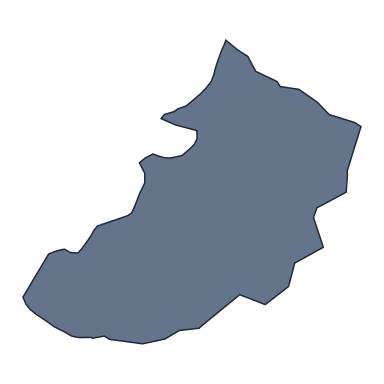 Ika, Akwa Ibom, Nigeria
{"feature_id": "59680162B87230656090923", "entity_name": "Ika", "entity_type": "district", "adm_level": 2, "iso_a3": "NGA", "parent_name": "Nigeria", "parent_adm1": "Akwa Ibom", "projection": "mercator", "projection_center": [7.523, 5.022], "detail": "fine", "context": "isolated", "style": "filled", "palette": "slate", "viewbox_px": 384, "rotation_deg": 0, "n_neighbors": 0, "source": "geoboundaries", "source_scale": "gbopen_adm2", "svg_char_len": 1195}
<svg xmlns="http://www.w3.org/2000/svg" viewBox="0 0 384 384"><path d="M225.8,40.2L224.4,44.4L221.8,49.9L217.8,60.8L215.2,69.0L213.9,74.5L211.3,81.3L206.0,88.2L200.6,93.7L192.6,100.6L185.9,106.1L177.8,108.9L173.8,111.7L164.4,114.5L161.1,118.6L175.7,125.0L196.9,130.6L197.0,138.8L194.4,144.2L190.3,148.4L182.3,155.3L176.9,156.7L170.1,158.0L164.9,157.8L158.9,156.2L153.0,154.0L145.5,157.8L142.5,160.2L139.4,162.8L144.7,173.3L144.8,182.8L139.5,193.8L136.9,200.7L134.2,207.5L132.6,210.9L131.6,213.0L127.9,215.5L127.6,215.7L97.5,226.0L94.3,229.8L91.0,235.7L87.7,240.6L81.8,248.7L78.0,253.0L70.4,252.5L64.4,249.2L56.9,250.8L48.6,254.0L23.0,297.1L25.8,303.9L26.0,304.2L29.9,309.3L36.7,314.7L40.3,317.0L44.9,320.1L54.4,326.8L54.5,326.9L62.5,330.9L72.0,336.2L78.8,337.5L84.2,337.5L91.0,337.4L92.5,338.2L104.3,336.1L109.6,339.4L142.6,343.8L164.9,339.0L179.3,330.5L199.2,328.2L200.5,326.8L239.3,295.0L239.7,294.7L265.2,304.6L288.5,286.5L294.8,263.0L323.3,247.3L313.5,217.5L316.9,207.8L346.2,192.2L347.4,175.7L347.3,170.7L361.0,126.6L354.6,122.5L329.1,114.5L317.3,102.2L298.8,89.3L280.3,86.6L277.0,81.5L255.8,71.4L247.8,56.4L238.1,50.3L225.8,40.2Z" fill="#64748b" stroke="#1e293b" stroke-width="1.5"/></svg>